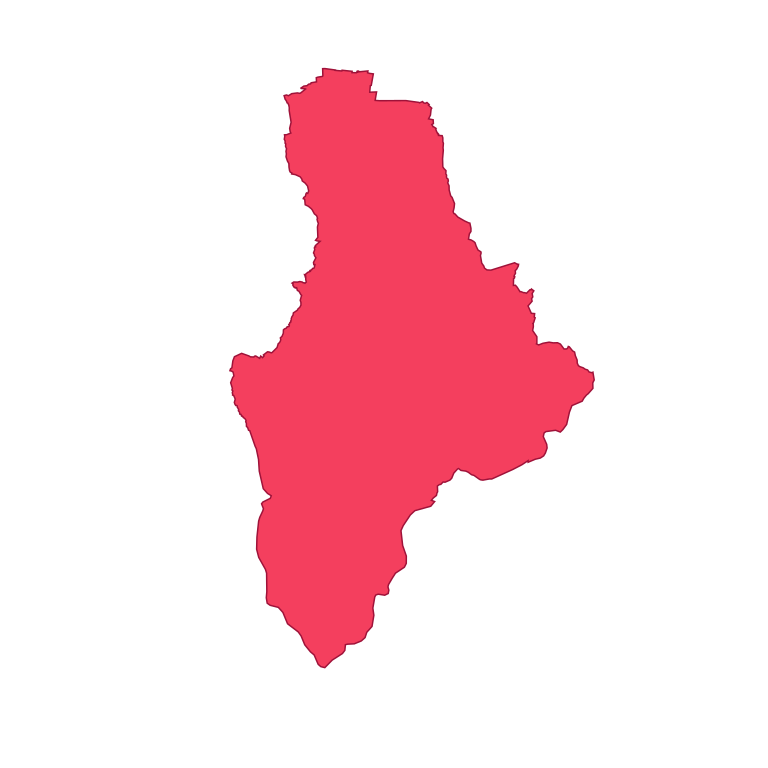 the district of Baia Sprie, Maramures, Romania, rotated 111°
{"feature_id": "2599482B79433143799510", "entity_name": "Baia Sprie", "entity_type": "district", "adm_level": 2, "iso_a3": "ROU", "parent_name": "Romania", "parent_adm1": "Maramures", "projection": "natural_earth1", "projection_center": [23.691, 47.679], "detail": "fine", "context": "isolated", "style": "filled", "palette": "rose", "viewbox_px": 768, "rotation_deg": 111, "n_neighbors": 0, "source": "geoboundaries", "source_scale": "gbopen_adm2", "svg_char_len": 6143}
<svg xmlns="http://www.w3.org/2000/svg" viewBox="0 0 768 768"><g transform="rotate(111 384 384)"><path d="M150.6,580.6L153.6,578.3L154.5,576.8L156.3,575.1L156.2,574.5L157.7,572.9L159.9,571.5L162.7,570.5L173.0,564.5L179.1,563.7L181.9,562.1L183.1,560.9L186.2,564.3L187.0,566.2L188.4,565.4L191.3,564.8L192.4,563.5L194.7,562.6L195.0,561.8L197.4,561.1L199.3,559.3L201.9,558.9L204.2,557.6L207.0,556.9L210.5,554.0L212.3,551.8L215.6,550.4L218.7,548.6L219.8,547.4L220.0,545.7L221.0,545.5L220.3,541.8L220.6,536.5L222.1,534.2L223.7,533.1L224.7,529.6L226.6,526.3L230.8,523.5L233.4,523.5L233.3,524.7L234.0,525.0L237.1,524.7L238.6,525.8L239.9,525.8L239.9,524.5L240.2,524.1L244.9,521.8L245.2,518.3L246.3,515.0L247.0,513.6L250.1,510.0L251.0,507.2L253.1,505.4L254.1,505.6L256.3,504.1L257.4,502.9L261.3,502.4L270.8,498.3L274.4,499.4L274.4,497.7L273.7,494.8L279.4,497.7L280.5,497.0L280.9,497.8L281.9,497.8L283.4,496.8L286.9,496.8L287.9,495.5L289.1,494.9L290.6,492.8L295.8,493.4L297.7,492.3L297.3,491.3L300.2,490.8L301.1,491.0L301.6,492.0L303.3,492.5L304.6,493.8L305.1,493.8L304.9,493.1L305.2,493.1L307.1,495.2L310.3,496.9L310.4,497.4L310.8,497.1L310.8,496.2L312.0,496.1L311.8,495.6L314.7,494.4L316.7,493.1L318.3,493.9L318.1,494.8L318.5,495.8L318.1,496.7L318.5,499.3L319.9,501.3L321.1,504.8L322.8,506.0L323.1,504.7L324.3,504.6L325.8,502.8L325.7,501.8L326.1,501.6L326.1,500.9L325.4,500.1L327.7,498.4L327.9,496.6L330.4,493.6L330.7,492.7L335.9,492.2L337.6,490.8L340.1,489.8L342.6,490.1L344.7,491.2L346.1,491.3L350.1,494.1L352.3,493.6L354.3,494.1L356.4,494.0L357.3,493.5L358.7,493.7L359.4,493.2L360.5,493.9L361.8,493.8L362.6,494.2L363.2,493.4L364.4,493.4L365.2,494.9L366.8,495.2L368.3,496.7L369.5,497.3L372.7,496.2L376.1,496.3L378.1,497.3L379.5,496.3L381.3,496.1L383.1,496.5L384.2,497.2L388.3,496.9L394.8,499.8L395.3,500.5L395.3,502.8L395.7,504.3L400.1,507.0L400.7,506.0L402.9,506.8L402.1,509.1L404.6,509.3L403.8,513.8L404.5,514.9L405.4,515.1L406.5,518.4L406.2,520.1L406.4,527.9L412.1,533.4L416.6,533.4L423.4,531.8L424.8,532.7L426.8,532.6L426.6,530.8L427.0,529.1L430.3,527.0L432.1,527.6L437.8,527.6L442.4,524.0L444.1,523.8L444.7,522.6L446.6,522.5L447.7,521.6L448.6,521.4L448.7,520.1L451.4,517.5L454.9,517.1L456.5,515.7L457.2,514.6L456.8,513.8L457.1,513.1L458.2,512.7L459.7,510.7L461.2,510.3L461.9,509.0L463.8,507.8L463.6,506.6L465.0,505.5L464.7,504.9L465.0,504.1L465.7,503.5L466.1,501.6L467.0,500.3L467.7,499.6L468.8,499.6L470.0,498.4L472.9,497.2L473.5,495.7L475.7,493.9L475.7,492.6L488.3,482.0L490.2,480.0L499.4,474.1L510.1,469.2L525.0,459.2L527.9,453.5L528.7,449.2L531.5,449.2L537.6,454.8L539.7,455.4L543.6,451.9L545.9,451.7L553.0,452.2L556.9,451.9L572.3,447.8L583.9,443.7L590.8,438.8L599.5,428.3L602.7,425.8L619.8,419.0L625.7,417.3L630.5,414.5L631.4,411.0L630.4,402.6L633.5,396.5L642.4,388.1L646.2,375.2L648.9,371.1L655.9,364.5L660.4,356.7L662.0,352.1L669.3,345.0L670.5,341.7L670.0,337.6L660.3,333.4L650.5,326.2L646.7,325.1L641.2,326.6L640.0,324.9L637.2,318.6L632.0,313.1L627.5,310.8L622.0,311.1L614.6,308.3L603.5,310.6L597.2,314.1L586.1,316.3L583.9,316.0L582.3,314.1L580.9,307.6L578.1,305.0L574.7,305.6L572.0,307.6L569.6,307.9L562.3,306.7L556.5,305.5L547.7,299.3L543.5,298.9L536.6,301.5L528.1,308.7L514.8,315.6L509.3,315.3L496.8,312.5L491.2,309.8L481.3,296.5L475.6,294.6L475.6,298.1L472.7,297.1L469.3,295.1L466.8,295.5L465.4,295.3L460.1,297.6L458.0,296.2L457.4,295.0L454.3,293.7L453.8,291.8L450.1,288.0L447.7,287.0L442.2,286.9L437.0,284.9L436.2,284.1L437.1,281.2L436.0,276.4L436.2,273.6L437.3,269.8L437.1,267.2L438.8,260.6L438.8,259.2L438.3,257.2L434.9,251.6L434.0,249.3L417.6,233.1L409.8,226.2L403.9,222.0L405.4,221.4L400.0,215.8L397.1,211.5L393.9,209.2L390.6,208.6L385.3,208.8L382.0,210.5L376.1,216.4L372.4,217.0L370.4,215.8L365.7,207.2L365.7,202.2L362.5,200.7L356.3,199.0L343.8,200.8L336.8,200.8L329.0,192.8L325.6,192.3L321.7,191.0L319.9,189.9L313.2,187.4L308.1,189.5L304.9,189.2L298.1,193.2L298.9,193.9L299.3,196.8L297.9,199.0L298.1,201.4L297.5,203.8L297.6,207.3L297.2,209.1L295.2,211.1L292.4,212.3L289.0,215.5L285.9,217.5L285.5,219.8L282.9,224.3L282.9,225.4L284.6,225.4L285.8,226.0L286.8,228.5L283.5,233.6L283.3,236.8L284.9,240.6L285.8,244.9L289.0,250.2L292.1,253.6L291.9,256.1L290.9,256.0L285.1,258.2L280.8,264.4L277.0,265.1L274.4,266.2L274.2,266.7L273.1,266.3L268.0,266.6L267.7,267.7L264.3,268.6L265.2,271.8L259.5,277.5L253.6,275.4L251.5,276.8L249.4,276.3L246.4,278.1L243.3,277.5L242.5,280.4L243.3,280.4L243.7,281.5L248.2,283.5L248.3,285.4L248.7,286.2L248.7,289.4L249.1,290.1L245.9,294.4L244.7,296.7L245.6,298.5L239.2,300.8L238.3,300.2L237.0,300.4L237.1,301.1L235.7,301.3L233.6,300.9L231.1,302.1L229.4,301.3L225.7,300.9L224.3,301.2L224.6,301.6L224.1,302.1L224.4,302.5L224.0,305.5L239.4,325.0L240.6,328.8L239.8,331.7L238.1,333.1L236.1,336.1L229.5,340.0L226.9,340.3L225.9,340.9L225.2,344.3L222.1,347.5L219.5,349.6L218.8,351.3L218.3,354.4L218.6,357.0L213.3,358.1L210.4,357.5L207.5,358.6L203.0,361.5L203.2,362.6L202.9,367.2L201.7,374.9L199.8,378.6L199.8,379.9L198.4,381.2L194.5,381.7L190.3,382.8L185.4,387.3L184.4,389.2L179.5,392.7L175.6,394.3L173.4,396.6L171.4,396.7L169.7,397.7L169.4,399.1L168.1,400.0L166.6,400.4L165.7,401.6L162.6,402.6L161.4,405.2L160.2,406.9L152.8,410.0L144.5,412.4L142.4,413.5L138.0,414.8L136.7,415.9L133.1,417.3L131.3,418.7L132.4,422.2L131.3,422.4L130.6,423.7L130.9,423.8L129.0,425.8L127.1,427.3L126.7,427.1L126.0,430.2L126.2,430.4L124.6,432.4L123.2,431.2L119.7,432.8L120.5,437.4L116.3,437.0L110.6,438.5L109.4,438.3L107.8,442.4L106.9,442.0L105.8,444.8L107.2,446.1L107.3,447.8L106.5,449.2L108.8,451.6L108.6,452.3L111.6,465.2L121.1,489.6L122.4,493.9L114.0,495.6L116.7,501.9L110.4,503.7L109.8,502.9L98.3,505.1L99.2,508.9L99.3,510.9L97.5,511.2L101.7,519.6L101.0,519.9L101.4,521.0L102.5,520.6L102.6,521.3L103.3,521.3L104.8,525.5L103.5,525.8L106.1,535.6L106.8,535.5L107.0,536.0L108.7,542.0L108.3,542.0L110.7,552.2L111.6,554.3L118.3,551.5L118.9,551.7L121.2,555.7L122.3,557.0L126.1,555.3L128.9,560.0L130.1,560.1L131.1,561.8L133.1,562.8L134.6,565.6L137.5,567.6L137.8,567.2L136.6,563.5L136.7,562.9L142.3,566.2L142.9,567.0L143.3,569.2L146.0,574.2L149.1,576.5L149.1,578.6L150.6,580.6Z" fill="#f43f5e" stroke="#9f1239" stroke-width="1.5"/></g></svg>